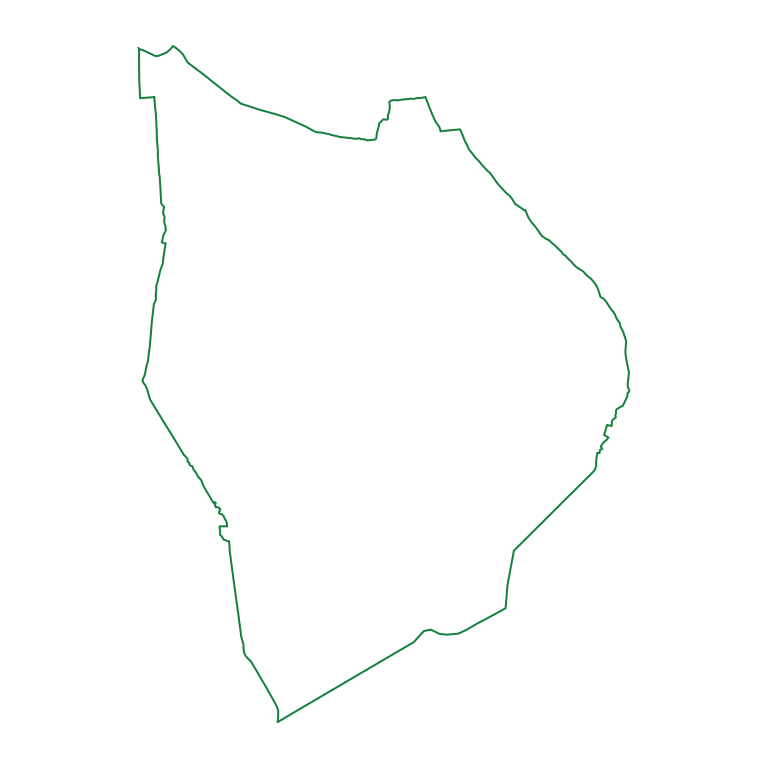 outline of Dolhesti, Suceava, Romania
{"feature_id": "2599482B42758921432370", "entity_name": "Dolhesti", "entity_type": "district", "adm_level": 2, "iso_a3": "ROU", "parent_name": "Romania", "parent_adm1": "Suceava", "projection": "albers", "projection_center": [26.513, 47.438], "detail": "fine", "context": "isolated", "style": "outline", "palette": "green", "viewbox_px": 768, "rotation_deg": 0, "n_neighbors": 0, "source": "geoboundaries", "source_scale": "gbopen_adm2", "svg_char_len": 6047}
<svg xmlns="http://www.w3.org/2000/svg" viewBox="0 0 768 768"><path d="M149.9,399.2L152.1,402.9L158.3,413.0L162.2,419.5L172.9,436.7L184.0,455.1L185.8,456.6L187.6,459.1L187.7,460.1L187.6,461.4L188.1,462.2L189.1,462.7L189.5,463.7L189.5,464.5L190.1,465.4L191.4,466.0L192.3,466.3L192.8,467.0L193.3,469.1L195.4,471.9L196.6,473.8L197.5,475.5L198.0,476.8L198.7,477.2L201.3,480.3L202.6,483.8L203.4,485.7L204.2,487.3L208.2,494.0L211.1,498.9L212.8,502.0L213.7,502.9L214.7,502.1L215.7,503.0L214.9,505.2L215.9,507.2L217.1,507.0L218.6,507.6L220.2,509.1L219.9,510.9L218.9,511.8L219.0,512.8L219.7,513.9L221.6,514.1L223.7,516.1L224.1,517.7L226.1,520.8L226.9,523.3L227.0,526.3L219.9,526.3L219.5,527.0L220.1,531.0L220.1,534.0L220.1,534.8L221.8,536.4L223.7,539.6L227.3,541.0L229.1,541.4L229.4,544.7L229.7,550.7L232.0,568.4L235.0,590.2L236.3,599.7L238.2,613.5L241.3,636.9L243.5,644.6L243.5,647.0L243.5,648.7L243.8,650.5L244.0,652.2L244.7,654.1L245.6,655.9L247.6,658.2L250.1,660.6L251.6,662.5L257.7,672.8L262.5,681.2L264.4,684.1L268.7,691.9L273.2,699.8L276.0,704.9L278.2,710.1L278.2,715.5L277.7,721.9L278.1,721.8L305.7,705.5L361.1,673.0L413.8,642.1L423.9,631.0L430.8,629.6L439.4,633.8L446.8,634.7L458.5,633.6L466.9,629.6L476.9,623.7L492.6,615.4L505.6,608.2L507.6,584.3L513.9,550.7L530.5,534.2L569.1,495.7L593.2,471.9L594.9,469.7L596.1,465.9L596.2,460.5L597.0,454.8L597.3,453.0L599.5,453.0L599.8,451.5L599.9,450.1L601.7,449.0L602.2,448.8L600.9,446.7L601.0,446.1L602.7,443.5L604.7,441.5L606.7,439.8L608.3,437.5L604.1,434.8L607.1,425.1L611.6,425.9L611.8,423.4L611.8,422.1L612.3,420.3L613.7,418.9L615.4,417.9L615.8,417.1L615.4,415.6L615.6,414.6L616.0,412.7L615.9,410.7L616.6,409.3L619.8,407.3L623.0,405.6L624.1,403.0L626.2,398.8L627.1,396.9L627.8,392.6L629.1,391.7L629.3,390.4L628.0,387.4L627.6,384.3L628.1,380.3L628.7,375.6L629.0,372.7L628.5,370.2L626.9,362.5L625.5,354.3L625.5,349.7L626.2,341.1L624.6,336.3L623.2,331.8L621.6,328.7L620.8,327.6L619.6,322.8L617.8,320.3L616.7,318.7L615.9,316.9L615.1,314.7L613.2,311.7L611.8,310.1L610.6,308.5L608.8,305.9L607.6,303.9L606.5,302.1L605.4,300.9L604.3,299.3L603.6,298.6L601.4,297.5L600.4,296.8L599.7,294.5L598.0,288.9L595.0,283.5L592.7,280.7L590.2,278.0L588.5,276.9L586.5,275.1L584.2,272.5L582.4,270.9L580.6,269.8L577.7,268.1L575.8,266.5L573.5,264.3L571.3,261.7L567.0,257.6L565.4,255.7L564.8,255.1L564.2,254.8L563.1,254.1L562.2,253.2L561.8,252.2L561.1,251.4L559.1,249.6L555.2,245.7L553.4,244.2L551.1,242.2L549.2,240.3L547.8,239.7L545.8,238.7L543.2,236.9L541.9,235.8L540.6,234.3L538.1,230.5L536.0,227.6L534.2,225.3L531.3,222.0L528.6,217.9L527.0,214.2L525.3,210.1L524.7,210.5L523.8,209.8L518.7,206.4L515.0,203.7L511.7,198.3L509.1,195.4L506.5,193.2L502.9,189.4L497.8,183.9L490.1,173.0L487.7,171.0L483.0,166.1L478.6,160.7L474.8,156.9L472.0,153.1L469.1,149.7L467.0,145.0L464.5,140.1L462.5,134.8L460.1,129.6L459.8,129.4L459.4,129.4L456.6,129.7L452.6,130.0L449.1,130.4L440.8,131.3L440.5,131.1L440.3,130.2L440.2,129.3L439.1,126.6L438.5,125.7L436.6,123.4L435.5,121.6L433.8,117.9L432.1,114.1L429.4,107.3L426.5,99.8L425.5,97.1L424.7,97.3L422.2,97.7L421.0,97.9L419.1,98.1L418.0,98.0L415.2,98.6L413.5,98.9L412.3,98.8L411.1,98.5L409.2,99.0L407.8,99.1L405.9,99.3L405.1,99.3L404.1,99.3L402.9,99.5L401.3,99.7L398.4,100.3L397.4,100.3L395.7,100.2L393.6,100.1L391.9,100.4L391.1,100.6L389.9,101.2L389.4,101.9L389.3,102.4L389.4,103.2L389.8,105.2L389.8,107.0L389.6,108.9L389.2,111.3L388.5,113.7L387.9,115.0L387.9,115.7L388.0,117.8L387.8,119.1L387.0,119.6L386.4,119.8L383.8,119.3L383.4,119.4L382.8,119.8L381.5,121.1L379.6,122.9L379.1,123.7L379.0,124.3L378.8,126.1L378.2,128.5L377.0,132.6L376.7,134.0L376.6,135.2L376.4,137.4L376.2,138.5L375.7,139.1L374.9,139.5L373.1,139.8L370.3,140.1L367.5,140.4L366.8,140.3L366.4,140.2L366.1,139.9L365.6,139.6L364.4,139.4L363.3,139.3L361.6,139.2L360.5,138.9L359.7,138.5L359.0,138.3L358.4,138.2L357.8,138.4L356.8,138.8L356.2,138.8L354.7,138.7L350.3,138.1L340.2,137.0L338.4,136.6L337.2,136.2L336.4,136.1L334.2,135.6L332.1,135.2L330.7,134.8L329.3,134.1L328.4,134.0L326.8,133.8L324.2,133.1L322.3,132.7L317.8,132.3L316.6,132.2L315.7,132.0L314.9,131.6L312.0,130.1L310.5,129.1L309.0,128.3L306.8,127.3L305.8,126.6L301.3,124.6L297.1,122.7L293.5,121.0L284.4,116.9L279.3,115.3L275.0,114.0L262.6,110.6L257.9,109.2L241.6,103.9L240.0,103.0L237.4,100.7L234.2,98.6L231.8,96.9L226.6,92.9L224.4,91.1L215.0,83.7L211.8,81.2L206.0,76.4L196.1,68.9L190.9,65.0L188.5,63.2L188.3,63.0L187.7,62.4L186.8,61.1L186.4,60.5L184.0,56.2L183.2,54.9L182.4,53.8L179.5,50.8L176.2,48.2L173.3,46.1L172.6,46.4L170.4,49.1L169.6,49.9L166.5,52.5L164.5,53.4L160.7,54.9L158.9,55.7L156.8,56.1L154.9,55.8L153.1,55.2L151.9,54.2L150.4,53.7L145.5,51.3L142.5,50.1L141.4,49.7L140.3,49.3L139.3,48.5L138.7,48.3L138.9,49.0L139.1,51.5L139.2,53.1L139.0,56.2L139.1,62.1L139.1,64.2L139.2,79.7L140.2,98.1L141.3,98.1L144.9,97.8L149.4,97.5L154.3,97.0L154.8,103.5L155.0,106.3L155.9,114.3L156.1,118.7L156.4,124.4L156.8,133.5L156.9,139.4L157.3,143.8L157.4,145.6L157.9,150.9L157.8,155.6L158.3,162.0L159.0,169.7L158.7,169.8L159.3,174.6L159.7,176.4L159.9,179.7L160.1,183.3L160.6,191.8L160.7,193.7L161.1,201.4L161.2,202.8L161.5,203.9L162.2,204.8L163.1,205.9L163.8,206.6L164.2,207.3L163.7,208.4L163.6,209.1L163.6,209.6L163.5,210.3L163.4,211.0L163.3,211.8L163.1,212.7L163.2,213.9L164.3,215.9L164.5,216.7L164.5,218.1L164.3,219.5L164.2,221.6L164.4,223.2L165.0,224.8L165.4,225.7L165.5,226.3L165.5,227.6L165.6,228.6L165.8,229.2L165.7,230.1L165.2,231.8L164.5,233.2L163.5,234.8L161.9,242.3L163.7,243.1L165.6,243.4L163.8,255.0L163.0,260.5L162.9,263.3L162.0,266.0L160.9,268.5L159.8,272.4L158.9,276.5L157.9,280.3L157.5,282.2L156.6,284.5L156.4,285.8L156.2,286.9L156.3,288.9L155.9,294.6L155.8,295.7L155.9,297.9L155.8,299.8L155.2,301.6L153.9,304.2L152.0,320.2L150.7,336.0L150.1,342.9L149.8,346.7L148.9,352.5L148.0,360.4L147.8,361.8L146.8,364.9L146.2,367.5L146.0,368.5L145.3,372.5L144.6,375.4L143.2,378.4L142.9,379.4L142.5,380.8L142.8,381.7L143.6,383.1L145.2,385.1L145.9,386.3L146.3,387.2L147.5,390.6L148.3,393.2L148.9,395.3L149.6,397.7L149.9,399.2Z" fill="none" stroke="#15803d" stroke-width="2"/></svg>